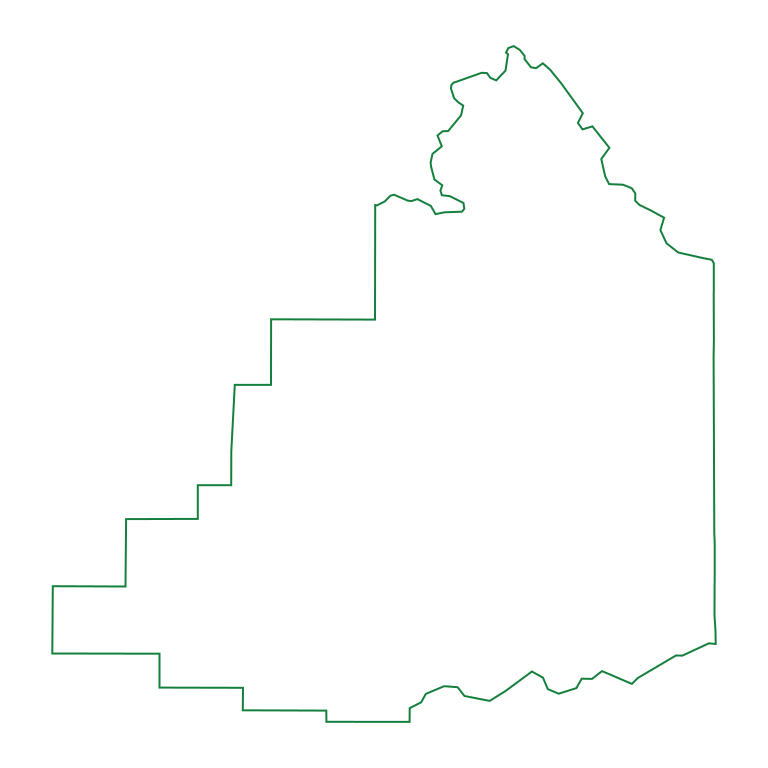 Fremont, Idaho, United States of America
{"feature_id": "52423323B19841424065600", "entity_name": "Fremont", "entity_type": "district", "adm_level": 2, "iso_a3": "USA", "parent_name": "United States of America", "parent_adm1": "Idaho", "projection": "equal_earth", "projection_center": [-111.419, 44.319], "detail": "fine", "context": "isolated", "style": "outline", "palette": "green", "viewbox_px": 768, "rotation_deg": 0, "n_neighbors": 0, "source": "geoboundaries", "source_scale": "gbopen_adm2", "svg_char_len": 1614}
<svg xmlns="http://www.w3.org/2000/svg" viewBox="0 0 768 768"><path d="M375.2,205.0L375.0,319.6L271.1,319.3L271.0,384.9L234.8,384.9L231.3,451.3L231.2,485.2L197.8,485.2L197.8,518.9L126.1,519.1L125.5,586.5L52.8,586.2L52.3,653.5L159.5,653.7L159.5,687.6L243.0,687.8L242.8,710.3L326.3,710.6L326.4,721.8L409.6,721.9L409.7,708.1L421.2,702.3L425.8,693.9L444.1,686.2L457.6,687.2L464.5,696.0L489.6,700.9L505.4,691.1L531.9,671.5L543.0,677.7L547.8,689.1L558.7,693.7L576.4,688.1L581.7,678.7L592.0,678.9L602.0,671.1L631.9,683.9L637.8,678.0L675.9,655.5L682.4,655.6L708.9,643.3L715.7,644.0L715.5,631.2L714.5,615.5L714.6,584.1L714.6,583.8L714.7,582.2L714.7,541.8L714.3,534.0L713.6,356.5L713.9,340.0L713.7,292.8L713.8,291.1L713.8,263.2L711.8,259.8L702.5,258.0L678.2,252.5L666.5,243.3L660.4,230.1L664.1,217.7L650.5,210.3L639.4,204.9L635.2,200.7L635.3,193.4L631.7,188.2L622.9,184.7L609.1,184.1L605.2,176.4L601.3,159.0L609.4,147.8L592.4,126.4L582.5,129.4L577.9,122.9L582.8,113.2L560.8,82.8L550.1,69.7L542.8,63.3L536.1,68.2L531.0,67.3L524.5,59.0L524.7,56.0L519.7,49.8L518.2,48.9L513.6,46.1L508.3,48.1L506.0,52.6L508.0,54.2L505.5,70.6L496.2,80.4L490.3,77.8L487.0,73.1L481.6,72.8L456.3,81.8L453.5,82.7L451.5,84.8L451.0,88.5L454.1,98.2L458.3,102.3L463.2,105.6L461.1,115.3L448.1,131.1L442.7,131.2L437.5,135.5L441.8,146.3L432.5,153.9L430.6,162.6L431.1,166.7L434.4,179.5L442.3,185.3L440.4,190.6L441.9,195.2L449.9,196.2L463.5,203.0L464.3,208.8L462.0,211.7L444.6,212.3L435.5,214.1L430.8,205.9L417.3,199.1L411.4,201.1L407.7,200.6L394.0,194.7L390.5,195.7L384.8,201.4L377.0,205.4L375.2,205.0Z" fill="none" stroke="#15803d" stroke-width="2"/></svg>